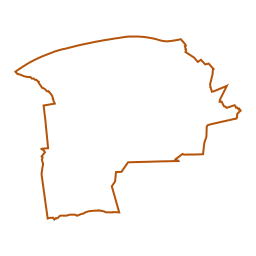 Heusden, Noord-Brabant, Netherlands
{"feature_id": "6326949B43873207843171", "entity_name": "Heusden", "entity_type": "district", "adm_level": 2, "iso_a3": "NLD", "parent_name": "Netherlands", "parent_adm1": "Noord-Brabant", "projection": "natural_earth1", "projection_center": [5.16, 51.689], "detail": "fine", "context": "isolated", "style": "outline", "palette": "amber", "viewbox_px": 256, "rotation_deg": 0, "n_neighbors": 0, "source": "geoboundaries", "source_scale": "gbopen_adm2", "svg_char_len": 5120}
<svg xmlns="http://www.w3.org/2000/svg" viewBox="0 0 256 256"><path d="M153.2,38.5L147.8,37.5L145.8,37.2L143.9,37.0L142.0,36.8L140.1,36.7L138.2,36.6L136.2,36.5L134.3,36.5L132.4,36.5L130.5,36.5L128.6,36.6L126.6,36.8L124.7,37.0L122.8,37.3L120.9,37.6L117.0,38.2L115.1,38.4L113.2,38.8L111.3,39.1L107.5,39.7L105.5,40.0L103.6,40.3L101.7,40.7L95.4,41.8L90.2,42.9L86.4,43.7L84.4,44.1L80.6,44.9L76.8,45.8L64.5,48.9L63.3,49.1L61.5,49.5L55.3,51.3L48.8,53.8L46.8,54.6L46.1,54.9L45.5,55.1L42.4,56.3L41.5,56.7L40.2,57.3L38.5,58.1L36.9,58.8L34.8,59.8L32.1,61.2L29.1,62.8L26.9,64.1L26.4,64.5L24.0,65.9L20.7,68.1L17.8,70.0L15.4,71.7L16.6,73.0L17.6,74.1L18.4,74.2L19.9,74.5L24.0,76.2L26.8,76.9L30.5,77.1L31.5,78.2L31.7,78.5L31.8,78.6L32.1,78.7L33.2,78.5L33.6,78.5L33.9,78.7L34.4,79.1L34.9,79.7L35.2,79.9L35.8,79.9L36.0,79.8L36.3,79.8L36.6,80.2L37.0,80.5L37.5,80.8L37.9,81.2L38.4,81.5L38.1,81.7L38.5,82.4L38.8,82.9L39.1,83.1L39.3,83.6L39.5,83.9L39.8,84.6L40.3,85.1L40.7,85.6L41.1,86.0L41.7,87.3L41.8,87.4L42.0,87.6L42.4,87.9L42.6,87.9L42.9,88.1L43.2,88.1L44.8,89.1L45.0,89.2L45.2,89.4L45.6,89.7L46.2,90.6L46.4,90.8L46.7,91.1L47.0,91.2L47.7,91.4L47.8,91.4L48.1,91.4L48.3,91.4L48.6,91.2L48.7,91.3L48.9,91.6L49.3,92.0L49.5,92.2L49.4,92.4L49.4,92.5L49.6,92.8L49.8,92.9L50.1,93.1L50.4,93.4L51.1,94.3L51.5,94.9L51.7,95.1L52.2,96.0L52.3,96.2L52.3,96.4L52.7,97.6L52.8,97.8L52.9,98.0L53.0,98.2L53.0,98.5L52.8,98.7L52.8,98.9L52.8,99.1L53.0,99.4L53.3,99.7L53.4,99.8L53.4,100.4L53.4,100.6L53.6,100.9L53.7,101.2L53.8,101.5L54.2,102.3L54.4,102.7L54.4,102.9L54.5,102.9L54.6,103.2L54.8,103.6L43.6,105.5L44.2,110.3L44.5,113.3L44.8,115.7L45.1,117.8L45.5,121.2L45.6,122.7L45.8,124.8L48.1,148.2L42.0,148.7L41.8,148.9L41.6,149.0L42.2,149.4L43.4,150.1L45.0,152.2L41.6,156.5L41.9,156.9L42.6,157.3L42.3,158.7L41.9,159.4L42.2,161.0L42.6,162.4L43.1,163.5L42.9,165.1L42.9,165.6L42.5,166.9L42.0,170.6L41.7,172.7L41.6,172.9L41.6,174.7L41.7,175.4L46.4,209.4L47.7,218.5L49.6,217.9L53.0,217.7L54.3,219.5L54.5,219.3L54.8,219.0L55.9,218.1L56.2,218.5L57.8,217.9L58.1,217.7L58.3,217.4L59.2,216.5L59.4,216.3L59.6,216.1L59.9,215.9L60.4,215.7L60.6,215.7L61.0,215.7L61.5,215.6L61.8,215.6L62.6,215.6L62.9,215.6L63.2,215.6L63.6,215.6L63.8,215.7L64.0,215.7L66.5,215.6L66.8,215.6L68.0,215.2L68.9,214.9L69.7,214.7L70.0,214.7L70.6,214.7L72.9,214.7L74.6,214.7L75.0,214.7L75.4,214.8L75.6,214.9L76.7,215.6L76.8,215.6L77.0,215.7L77.4,215.7L78.3,215.2L79.3,214.8L80.6,214.3L80.9,214.1L81.3,214.0L81.7,213.9L82.9,213.7L83.1,213.6L83.3,213.6L83.8,213.3L84.1,213.2L84.7,212.8L84.8,212.7L85.0,212.6L85.2,212.4L85.5,212.3L85.7,212.2L86.2,212.0L86.8,211.9L87.3,211.7L88.4,211.4L89.2,211.2L89.5,211.2L89.9,211.1L90.9,211.0L91.9,210.9L92.4,210.9L93.1,210.8L94.1,210.8L94.6,210.7L95.2,210.7L95.9,210.6L96.0,210.6L96.4,210.6L97.8,210.6L98.2,210.7L98.4,210.7L98.8,210.7L99.1,210.7L99.0,210.4L100.0,210.5L100.8,210.7L101.1,210.7L103.9,211.4L104.1,211.4L105.5,212.2L107.3,212.3L112.4,212.4L112.5,212.2L112.9,212.1L114.3,212.1L119.2,212.4L114.4,195.4L111.8,186.3L115.1,181.4L116.0,172.1L121.5,171.8L126.8,164.1L128.1,162.3L135.1,162.1L136.9,162.0L137.0,162.1L138.7,162.0L146.3,161.8L146.8,161.8L150.4,161.7L163.8,161.3L165.7,161.3L166.4,161.3L177.3,161.0L178.5,161.0L178.3,160.6L177.9,160.5L176.5,160.4L176.3,160.2L175.2,159.8L175.2,159.7L175.4,159.3L175.6,159.1L180.7,155.4L182.5,154.0L182.7,153.9L182.9,154.1L183.2,154.3L183.4,154.4L183.7,154.5L184.1,154.6L184.3,154.6L194.3,154.5L198.8,154.4L201.2,154.3L203.0,154.2L203.5,150.2L203.8,147.0L203.9,146.6L204.3,143.3L204.3,143.2L204.3,142.9L206.3,137.1L206.4,136.8L206.5,134.1L206.7,127.3L206.7,127.1L206.9,126.6L207.0,126.2L207.3,125.7L207.5,125.5L207.8,125.2L208.0,125.1L210.3,124.4L211.2,124.2L212.5,123.9L220.7,122.0L222.9,121.5L225.9,120.9L227.0,120.6L227.8,120.4L229.3,120.1L233.0,119.3L233.2,119.2L233.3,119.1L233.6,119.0L234.1,118.9L234.3,118.9L234.6,118.9L235.0,118.9L235.4,118.9L236.2,118.5L236.3,118.5L236.3,118.4L236.2,118.3L237.1,117.3L237.1,114.6L237.1,114.4L237.2,114.2L237.4,113.8L238.4,112.7L239.1,112.0L239.4,111.7L239.8,111.4L240.6,110.8L240.6,110.7L240.6,110.4L239.7,109.4L239.2,108.7L239.0,108.9L238.6,109.3L238.5,109.2L238.4,109.2L237.3,107.7L237.2,107.7L236.9,107.5L236.7,107.6L236.1,107.8L235.4,106.2L234.7,105.3L234.6,105.2L227.7,107.5L227.3,107.6L226.7,107.9L225.9,107.0L225.6,106.8L225.3,106.7L225.0,106.5L224.2,106.3L223.9,106.2L221.6,101.6L220.2,101.9L219.9,101.8L219.6,101.8L219.8,100.5L220.0,99.8L220.2,99.2L220.3,98.9L224.7,90.2L225.2,89.2L226.8,85.9L226.4,86.1L225.9,86.3L222.4,87.7L213.6,91.4L211.9,91.7L210.8,88.1L210.6,87.5L210.5,87.4L210.4,87.3L210.6,87.1L210.0,84.6L210.9,81.0L212.6,74.0L212.9,69.5L213.0,69.0L213.4,68.9L210.9,66.1L208.7,63.6L205.2,64.4L203.7,62.7L202.5,61.5L201.0,59.8L198.4,61.5L197.8,61.9L194.1,57.6L185.5,52.0L185.7,51.6L186.0,51.4L185.5,49.5L186.0,49.4L184.8,46.2L185.9,45.6L184.9,43.9L180.8,39.2L177.8,39.9L175.8,40.2L173.7,40.6L172.1,40.8L170.5,41.0L169.9,41.1L169.3,41.2L168.5,41.2L167.7,41.3L167.1,41.3L166.2,41.3L165.1,41.2L164.5,41.2L163.4,41.0L162.6,40.9L160.7,40.5L159.9,40.3L159.5,40.2L157.0,39.4L156.3,39.2L155.5,39.0L153.2,38.5Z" fill="none" stroke="#b45309" stroke-width="2"/></svg>